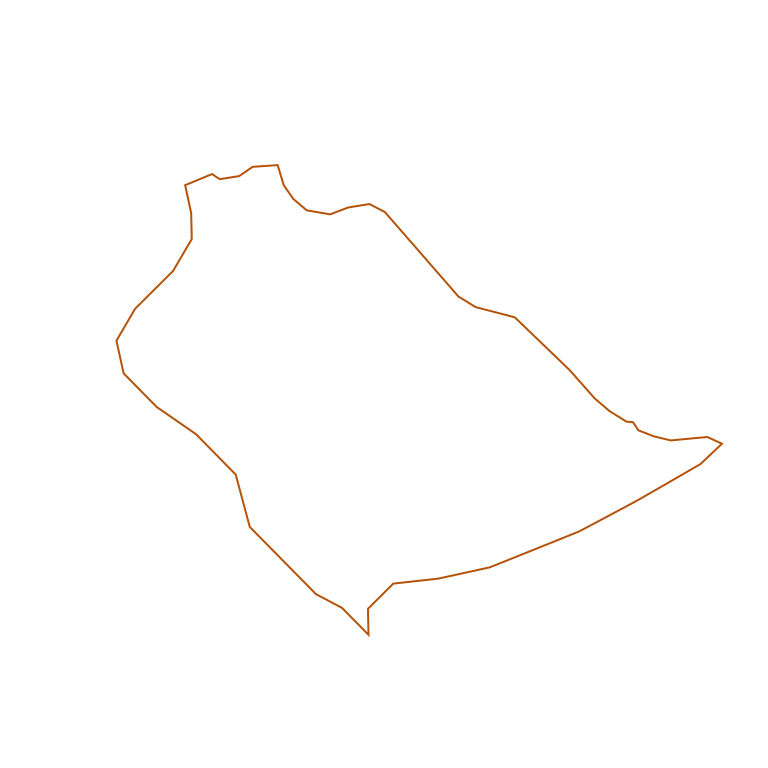 Sariwon City, Hwanghae-bukto, North Korea (Albers equal-area conic projection), rotated 135°
{"feature_id": "82179303B86388706464223", "entity_name": "Sariwon City", "entity_type": "district", "adm_level": 2, "iso_a3": "PRK", "parent_name": "North Korea", "parent_adm1": "Hwanghae-bukto", "projection": "albers", "projection_center": [125.699, 38.566], "detail": "fine", "context": "isolated", "style": "outline", "palette": "amber", "viewbox_px": 768, "rotation_deg": 135, "n_neighbors": 0, "source": "geoboundaries", "source_scale": "gbopen_adm2", "svg_char_len": 778}
<svg xmlns="http://www.w3.org/2000/svg" viewBox="0 0 768 768"><g transform="rotate(135 384 384)"><path d="M187.3,102.8L192.8,117.8L205.6,128.5L221.0,141.2L230.0,155.8L236.9,171.4L234.9,180.8L239.2,186.0L243.7,205.4L245.2,224.9L242.9,262.8L244.4,338.7L264.9,373.7L269.5,393.2L261.8,505.0L267.1,521.6L284.6,534.2L302.1,542.0L315.8,561.4L317.3,579.0L314.3,595.5L304.4,614.0L323.4,630.5L339.4,633.4L355.4,645.1L357.1,654.0L384.0,665.2L399.5,641.2L417.5,622.4L453.2,613.1L506.8,613.2L542.6,603.8L560.6,575.6L561.0,528.5L552.4,481.4L552.9,424.8L580.0,377.8L580.4,321.2L580.7,283.5L572.0,255.3L572.3,217.6L554.3,236.4L518.6,236.3L483.2,208.0L438.9,179.6L394.5,160.6L350.1,141.7L287.9,122.7L252.3,113.1L216.8,103.6L187.3,102.8Z" fill="none" stroke="#b45309" stroke-width="2"/></g></svg>